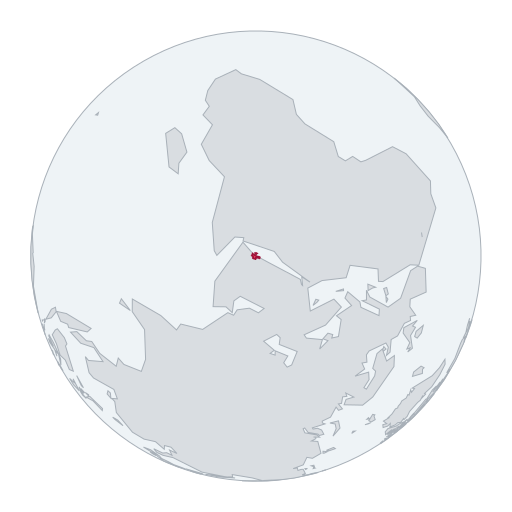 Jizan on an orthographic globe, rotated 150°
{"feature_id": "SAU-887", "entity_name": "Jizan", "entity_type": "Region", "adm_level": 1, "iso_a3": "SAU", "parent_name": "Saudi Arabia", "parent_adm1": "", "projection": "orthographic", "projection_center": [42.341, 17.347], "detail": "medium", "context": "on_globe", "style": "filled", "palette": "rose", "viewbox_px": 512, "rotation_deg": 150, "n_neighbors": 0, "source": "natural_earth", "source_scale": "10m", "svg_char_len": 11164}
<svg xmlns="http://www.w3.org/2000/svg" viewBox="0 0 512 512"><g transform="rotate(150 256 256)"><circle cx="256" cy="256" r="225" fill="#eef3f6" stroke="#a8b0b8"/><path d="M204.0,36.8L203.1,37.0L198.7,38.1L204.0,36.8ZM198.4,38.2L200.7,37.7L205.5,36.6L208.1,36.2L207.2,36.6L201.0,37.9L200.5,37.9L198.2,38.6L195.4,39.2L196.3,39.1L188.8,41.1L194.8,39.9L187.7,42.2L183.1,43.4L185.5,42.2L183.8,42.6L198.4,38.2ZM154.0,55.1L155.8,54.2L157.7,53.4L165.8,49.8L162.5,51.7L154.9,55.7L148.0,59.0L144.5,61.1L149.3,59.5L134.9,67.9L122.6,78.0L119.1,80.5L115.3,81.5L119.5,76.9L117.2,78.5L135.1,65.9L154.0,55.1ZM115.0,80.3L115.6,80.0L106.8,87.3L104.5,89.5L103.7,90.4L106.2,88.5L102.8,91.7L100.6,92.9L103.7,90.0L104.3,89.5L105.4,88.5L115.0,80.3ZM30.8,262.2L33.0,275.7L37.0,290.9L38.8,304.0L39.2,314.8L47.4,341.1L41.8,325.9L37.4,310.3L34.0,294.4L31.8,278.4L30.8,262.2ZM167.1,49.1L166.4,49.4L165.2,49.9L167.1,49.1ZM171.2,47.4L170.3,47.7L172.1,46.9L172.6,46.8L171.2,47.4ZM179.2,44.2L183.3,42.9L171.8,47.2L175.4,45.6L175.6,45.6L179.2,44.2ZM315.1,38.6L310.5,37.5L310.3,37.4L315.1,38.6ZM207.4,36.1L202.2,37.3L207.4,36.1L207.4,36.1ZM233.4,31.9L231.3,32.2L225.3,33.0L221.1,33.5L223.4,33.4L210.0,35.5L213.8,34.7L233.4,31.9ZM304.4,36.2L303.9,36.3L302.4,35.8L304.4,36.2ZM209.6,35.9L211.3,35.4L217.7,34.3L215.3,35.2L214.0,35.2L209.6,35.9ZM241.6,31.2L241.0,31.3L242.5,31.3L231.8,32.2L235.4,31.7L241.6,31.2ZM212.1,35.7L213.9,35.8L210.1,36.7L208.2,36.4L212.1,35.7ZM220.3,33.8L223.2,33.4L220.8,33.9L220.3,33.8ZM197.6,41.1L199.6,40.0L203.1,39.3L197.6,41.1ZM214.8,35.8L216.1,35.4L217.7,35.1L218.1,35.5L214.8,35.8ZM232.1,32.4L230.8,32.7L236.4,32.0L236.1,32.4L229.0,33.0L231.9,32.9L231.8,33.1L226.1,33.5L232.1,32.4ZM223.2,35.1L214.1,36.6L209.6,38.5L206.4,39.1L214.2,36.1L223.2,35.1ZM225.4,34.1L223.3,34.8L220.4,34.9L220.0,34.6L225.4,34.1ZM238.4,32.6L240.7,31.7L242.2,31.7L238.4,32.6ZM222.5,35.5L224.7,35.1L222.5,35.6L222.5,35.5ZM234.1,33.3L234.8,32.9L236.4,32.9L234.1,33.3ZM228.6,34.9L225.7,35.3L225.3,35.0L228.6,34.9ZM231.6,34.1L233.7,34.1L227.0,34.6L231.6,34.0L231.6,34.1ZM235.6,33.3L236.8,33.1L235.1,33.5L235.6,33.3ZM231.7,36.3L223.2,37.0L222.4,36.1L230.8,35.5L231.7,36.3ZM351.2,51.8L352.7,52.6L359.0,55.7L380.5,68.2L369.2,61.4L343.9,48.7L354.0,53.4L351.0,52.1L354.1,53.9L361.3,57.6L362.6,58.1L370.2,65.7L385.9,78.6L386.7,76.4L392.2,79.5L410.8,95.8L428.6,122.8L436.2,129.9L440.1,135.5L440.9,140.2L435.3,132.0L431.7,130.3L428.4,125.4L427.9,131.2L423.2,124.5L425.2,132.9L430.0,137.6L432.1,134.5L435.9,145.5L444.5,153.4L451.1,165.2L455.2,190.3L451.1,200.5L452.0,204.7L447.5,201.6L445.8,211.5L457.7,231.6L458.9,238.4L454.1,254.2L453.3,249.3L441.3,241.0L442.2,257.7L451.4,268.1L454.7,282.8L449.0,280.1L445.3,267.4L441.0,264.1L440.0,249.8L432.2,230.4L426.3,236.5L424.6,228.1L413.0,213.4L403.3,221.7L389.3,248.0L391.0,269.7L384.6,280.6L368.2,252.0L361.8,231.7L355.2,234.7L338.9,219.1L308.7,221.0L305.0,215.9L299.2,218.8L287.8,214.1L282.3,205.6L275.2,206.5L289.8,229.0L297.6,228.2L304.9,218.8L307.4,227.0L318.5,233.6L304.2,254.8L260.4,274.5L257.2,258.2L229.3,213.6L230.8,208.6L230.7,208.1L230.4,207.1L226.8,215.1L222.3,206.4L236.1,237.4L237.9,250.8L259.7,275.5L257.4,278.0L264.8,283.0L289.6,276.1L289.5,281.5L277.1,306.9L243.7,340.4L248.8,362.1L247.5,380.1L228.1,391.4L231.4,404.7L221.6,409.0L222.0,416.2L215.0,423.4L202.7,429.5L180.3,427.5L177.6,421.1L164.5,407.1L145.8,373.0L150.2,358.5L147.6,346.0L131.5,316.1L135.0,301.0L131.0,293.7L122.5,293.9L118.1,285.1L113.1,284.0L83.1,282.4L74.9,269.5L67.4,233.8L73.5,222.5L76.2,207.7L119.6,166.6L126.9,171.3L158.9,170.4L162.6,172.8L156.8,183.8L179.2,200.9L188.8,192.1L211.1,201.7L227.2,202.3L236.5,181.2L210.1,179.7L207.6,169.1L230.3,161.4L253.7,163.7L253.4,159.7L240.3,150.4L247.4,143.6L236.0,146.7L239.4,150.8L232.3,153.2L228.8,149.6L231.4,147.1L224.9,145.0L214.0,158.4L216.2,164.0L198.0,165.3L200.0,175.1L194.4,179.2L189.0,164.3L190.8,159.1L179.3,142.9L175.7,148.3L186.4,164.2L182.3,162.7L177.5,171.1L177.9,163.5L167.2,145.7L151.9,147.1L129.4,166.0L121.1,166.4L115.5,160.6L126.7,139.7L144.0,141.5L148.2,135.1L147.3,124.8L152.7,126.5L154.4,122.9L161.2,123.5L173.4,116.0L180.7,116.1L188.0,105.7L192.7,104.7L187.0,110.9L187.0,115.7L205.5,117.2L209.8,115.2L213.0,108.6L217.7,110.3L218.4,103.8L230.3,102.4L216.5,99.1L219.9,92.4L228.4,88.0L227.0,85.5L213.2,92.8L210.0,96.5L211.1,100.3L200.0,111.0L193.1,112.3L195.4,99.7L185.9,100.6L191.8,91.3L225.4,75.5L238.2,73.5L254.1,83.1L249.7,86.8L241.8,84.9L246.8,92.5L247.5,89.0L251.4,90.7L255.6,85.6L258.6,86.7L257.6,80.4L261.7,81.1L262.2,85.1L272.0,79.2L281.2,79.9L282.0,78.2L280.2,76.1L293.1,79.0L293.1,77.6L288.9,76.1L286.2,72.5L286.4,67.7L290.9,68.9L291.4,70.8L299.1,77.2L299.8,82.7L301.6,82.8L302.1,78.4L292.7,70.5L291.5,67.3L296.7,70.5L294.7,69.1L295.6,67.9L300.5,68.1L295.2,64.5L298.4,52.6L308.3,52.6L312.6,56.2L319.5,51.5L330.1,53.3L326.2,51.7L326.9,49.3L323.6,48.6L321.8,47.7L322.0,43.0L325.5,43.4L321.2,40.9L319.2,40.3L316.3,39.7L310.5,37.5L315.1,38.6L333.4,44.4L351.2,51.8ZM102.6,189.3L100.9,193.6L102.6,189.3ZM277.3,177.7L292.0,178.4L287.3,165.2L292.5,164.6L289.0,160.6L286.8,164.3L278.4,153.5L285.4,149.7L284.6,144.2L279.6,143.8L268.1,152.7L280.1,167.8L275.9,173.2L277.3,177.7ZM107.0,87.2L105.6,88.7L104.9,89.1L107.0,87.2ZM107.6,90.2L102.1,95.3L105.5,91.6L103.4,92.8L108.1,87.3L117.6,81.4L112.5,84.8L107.6,90.2ZM117.0,79.1L113.0,82.7L117.1,79.0L117.0,79.1ZM157.5,104.3L158.9,106.9L155.0,110.7L145.8,112.3L151.3,106.7L157.5,104.3ZM161.9,109.9L166.7,97.9L172.6,97.0L168.4,99.4L171.9,100.0L166.1,104.1L167.1,115.7L163.8,120.0L148.5,119.6L155.4,117.1L153.5,114.5L161.9,109.9ZM168.4,74.7L170.6,71.1L180.7,73.5L177.5,76.7L168.1,78.1L166.3,75.2L168.4,74.7ZM179.4,45.5L179.6,45.1L181.3,44.6L182.6,44.5L179.4,45.5ZM198.2,40.6L180.5,47.1L179.7,46.8L170.2,51.8L164.6,53.2L171.0,49.8L159.5,54.9L163.0,52.4L155.5,56.2L170.3,48.5L173.0,47.0L172.1,48.0L177.2,46.7L180.2,45.7L190.7,41.9L199.0,38.6L205.4,37.4L207.6,37.4L206.6,37.9L202.8,38.4L204.1,38.9L197.9,40.1L198.2,40.6ZM230.5,46.5L226.6,45.4L228.2,49.3L221.9,49.4L222.5,49.9L217.2,51.2L211.7,53.9L209.2,53.6L208.1,54.8L204.6,56.0L202.3,57.6L196.9,57.9L193.7,60.1L193.0,59.0L188.9,62.8L189.5,60.2L185.0,61.9L186.8,63.5L163.3,64.2L153.0,67.5L144.0,72.1L146.3,67.8L156.2,61.3L169.2,54.9L178.8,52.7L178.1,51.6L182.5,50.3L181.2,51.8L185.8,48.9L189.1,48.4L200.7,44.6L205.3,41.5L209.6,40.4L209.5,41.4L213.9,39.6L216.6,40.8L219.8,40.1L225.5,41.0L223.4,43.8L227.1,42.9L231.7,43.9L230.5,46.5ZM233.1,36.5L232.0,39.1L228.0,40.6L219.6,38.6L216.3,39.0L210.8,38.5L216.7,36.5L217.8,36.7L220.1,36.6L217.3,37.2L221.4,36.6L222.9,37.1L226.5,36.9L225.1,37.7L233.1,36.5ZM168.0,169.1L171.1,170.0L176.2,170.0L173.2,175.7L168.0,169.1ZM160.4,157.0L163.4,156.6L161.7,164.0L158.6,163.4L160.4,157.0ZM166.4,150.5L163.7,156.1L163.3,152.7L166.4,150.5ZM189.9,110.4L193.3,109.9L193.0,111.5L190.6,113.7L189.9,110.4ZM234.1,60.5L232.5,59.0L233.8,58.5L234.6,54.7L239.3,54.7L240.7,57.0L234.1,60.5ZM231.3,184.7L225.8,188.6L223.7,186.4L226.0,185.5L231.3,184.7ZM197.5,182.2L204.6,185.5L196.7,183.7L197.5,182.2ZM239.4,59.8L239.2,58.2L241.7,59.2L239.4,59.8ZM242.8,54.5L246.0,55.4L240.0,54.3L242.8,54.5ZM322.7,457.1L324.3,458.4L320.7,459.0L322.7,457.1ZM286.8,376.6L272.9,407.4L262.1,407.7L259.3,399.0L263.9,380.5L276.4,374.9L282.3,366.1L286.8,376.6ZM472.1,307.0L473.4,306.5L473.1,307.5L472.1,307.0ZM471.0,305.1L472.8,303.7L470.3,307.6L471.0,305.1ZM473.4,303.2L475.2,299.6L476.0,297.2L475.6,299.4L473.4,303.2ZM469.6,306.3L459.8,312.2L455.3,311.9L456.9,307.7L464.2,304.8L469.6,306.3ZM456.5,307.8L449.0,301.0L435.0,275.7L440.1,274.6L454.0,287.7L453.2,291.1L457.8,297.1L456.5,307.8ZM472.7,279.8L471.8,289.7L466.9,292.3L464.4,292.3L462.8,281.1L463.7,274.4L466.0,273.3L471.8,247.6L474.4,251.0L473.2,261.3L475.2,268.1L472.7,279.8ZM392.1,271.6L397.8,283.4L394.0,286.3L392.1,271.6ZM472.1,231.1L471.1,242.1L471.3,228.2L472.1,231.1ZM471.0,218.7L472.1,223.2L470.3,219.5L471.0,218.7ZM453.9,211.0L451.6,213.3L450.6,210.2L452.8,205.4L453.9,211.0ZM456.0,175.5L459.8,184.7L460.7,188.1L457.8,183.1L456.0,175.5ZM279.4,61.5L272.9,66.4L271.4,70.9L275.5,74.4L267.0,72.0L269.3,65.0L279.4,61.5ZM295.6,53.4L292.0,50.9L295.3,51.1L296.6,51.7L295.6,53.4ZM292.2,52.5L284.5,51.4L283.6,49.5L289.8,50.7L292.2,52.5ZM261.8,54.5L259.6,55.8L257.6,54.8L261.8,54.5ZM436.9,390.3L434.7,393.1L433.9,393.4L438.7,386.8L447.3,370.3L448.0,370.0L453.3,358.0L463.9,341.0L472.9,316.4L473.3,315.5L468.3,331.5L462.1,347.0L454.8,362.0L446.4,376.5L436.9,390.3ZM475.0,304.4L477.5,294.9L478.0,293.2L475.0,304.4ZM481.2,262.1L481.1,261.7L481.3,259.6L481.2,262.1ZM480.0,274.0L479.8,276.6L479.6,275.3L480.0,274.0ZM480.4,271.6L480.7,272.2L480.2,273.9L480.4,271.6ZM476.2,269.3L476.8,274.6L478.5,268.8L477.1,275.8L477.7,284.2L477.0,288.4L476.6,279.1L475.4,290.5L474.6,291.2L474.7,282.3L475.9,270.0L476.7,264.4L479.5,259.0L476.2,269.3ZM480.6,264.3L480.4,258.0L480.5,253.0L480.8,256.0L480.6,264.3ZM478.6,243.2L476.6,236.8L475.8,241.1L476.4,227.5L478.4,235.8L478.6,243.2ZM475.3,227.2L474.7,231.2L474.7,223.6L475.3,227.2ZM474.0,228.9L472.8,223.6L473.8,223.4L474.0,228.9ZM475.8,226.8L474.2,217.4L475.7,222.3L475.8,226.8ZM469.6,212.1L473.6,218.7L470.2,217.7L465.2,200.6L466.4,199.0L469.6,212.1ZM445.6,139.2L442.6,135.0L442.3,133.1L444.4,136.4L445.6,139.2ZM438.5,124.7L441.2,131.3L443.0,137.4L444.6,138.7L449.0,146.8L444.1,140.8L439.6,131.1L439.0,127.9L434.7,121.6L431.6,116.5L425.7,109.5L422.9,105.9L428.2,111.5L438.5,124.7ZM423.1,106.7L411.5,94.6L412.9,94.8L415.7,97.5L420.4,102.7L419.5,102.3L423.1,106.7ZM409.1,91.9L408.1,91.6L388.8,77.1L385.1,74.2L400.5,84.4L400.3,84.7L404.7,88.6L409.1,91.9ZM306.3,36.8L304.1,36.3L305.8,36.6L306.3,36.8ZM319.9,47.4L317.7,46.3L319.8,46.3L319.9,47.4ZM312.8,43.3L312.0,44.0L311.0,42.8L312.8,43.3ZM310.5,45.9L310.8,44.1L313.1,46.7L310.5,45.9Z" fill="#d9dde1" stroke="#a8b0b8" stroke-width="1"/><path d="M259.2,258.6L258.8,258.6L258.8,258.9L258.6,259.2L258.4,259.3L258.1,259.4L258.1,259.6L257.7,259.8L257.7,259.6L257.5,259.1L257.5,258.7L257.4,258.6L257.4,258.4L257.1,258.1L256.9,258.0L256.8,257.8L256.8,257.7L256.8,257.3L256.6,257.2L256.4,257.2L256.3,256.8L256.1,256.6L256.2,256.9L256.1,257.2L256.1,257.3L255.9,256.0L255.9,255.6L255.7,255.6L255.3,255.1L255.2,255.1L255.1,254.8L254.9,254.8L254.7,254.5L254.2,254.1L253.9,254.1L253.7,253.8L253.5,253.6L253.5,253.4L253.4,253.4L253.2,253.0L253.3,252.8L253.4,252.7L253.7,252.5L253.9,252.2L254.3,252.2L254.5,252.4L254.4,252.9L254.4,253.2L254.6,253.3L254.9,253.2L255.1,253.3L255.3,253.6L255.4,253.8L256.1,253.8L256.3,253.9L256.6,254.3L256.9,254.7L257.1,254.8L257.2,254.7L257.3,254.7L257.5,254.0L257.6,253.7L258.0,253.4L258.2,253.5L258.3,253.9L258.7,254.3L258.9,254.7L259.4,254.9L259.8,255.5L259.3,255.8L259.1,256.1L259.3,256.1L259.4,256.3L259.1,256.5L258.9,257.0L259.0,257.3L258.9,257.7L259.0,258.0L259.3,258.2L259.1,258.4L259.2,258.6ZM255.4,258.5L255.4,259.0L255.2,258.9L255.2,258.7L254.8,258.6L254.6,258.7L254.1,258.4L254.1,258.2L253.9,258.1L253.8,257.8L254.1,257.9L254.2,258.1L254.4,258.4L254.5,258.3L254.8,258.4L254.8,258.5L255.0,258.4L254.9,258.4L254.9,258.1L255.1,258.2L255.2,258.4L255.3,258.5L255.4,258.5ZM254.4,258.2L254.1,257.8L254.3,257.7L254.4,257.4L254.1,257.4L254.4,257.4L254.5,257.5L254.5,257.8L254.5,258.0L254.7,258.3L254.4,258.2Z" fill="#f43f5e" stroke="#9f1239" stroke-width="1.5"/></g></svg>